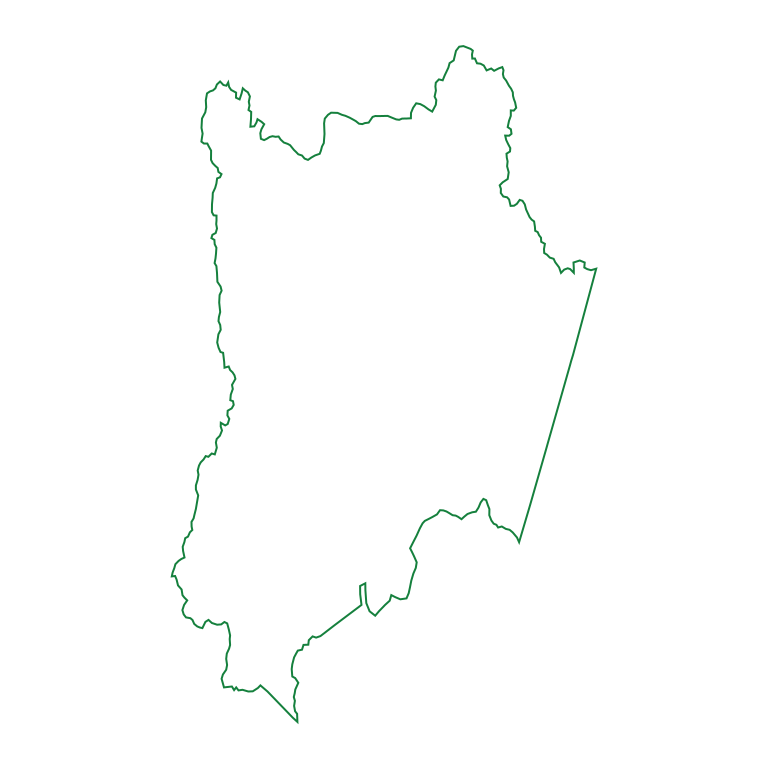 outline of Jaraguá, Goiás, Brazil
{"feature_id": "56859067B8388721460270", "entity_name": "Jaraguá", "entity_type": "district", "adm_level": 2, "iso_a3": "BRA", "parent_name": "Brazil", "parent_adm1": "Goiás", "projection": "equal_earth", "projection_center": [-49.418, -15.72], "detail": "fine", "context": "isolated", "style": "outline", "palette": "green", "viewbox_px": 768, "rotation_deg": 0, "n_neighbors": 0, "source": "geoboundaries", "source_scale": "gbopen_adm2", "svg_char_len": 5459}
<svg xmlns="http://www.w3.org/2000/svg" viewBox="0 0 768 768"><path d="M459.2,46.7L456.0,50.8L453.7,60.4L449.6,63.1L448.4,67.6L446.6,71.4L444.7,75.4L442.7,80.3L438.9,79.4L435.8,82.7L435.4,86.5L435.9,90.6L434.6,96.6L436.3,100.1L435.8,104.8L432.2,111.6L428.5,109.4L424.2,106.2L420.3,104.1L416.2,103.3L413.1,107.8L411.0,112.9L410.9,118.3L407.0,118.5L402.1,118.6L399.2,119.8L396.2,119.4L391.5,117.5L387.7,115.9L382.4,116.0L377.9,116.1L375.4,116.0L372.6,116.9L368.7,122.6L364.8,123.1L362.3,124.1L359.0,123.7L355.8,121.1L352.8,119.4L349.7,117.7L345.4,115.8L341.9,114.8L337.6,112.9L331.1,112.7L328.0,114.8L324.8,118.6L324.1,123.3L324.5,134.0L323.8,143.1L322.0,146.5L320.9,150.7L319.7,153.8L315.1,155.4L311.4,157.5L308.0,159.9L304.6,158.6L302.0,155.5L298.3,154.3L296.2,152.1L293.9,149.9L290.1,145.2L287.7,143.9L283.8,142.5L280.6,139.5L278.6,136.5L275.6,136.8L272.5,136.2L269.6,137.0L266.8,138.8L264.1,140.1L260.9,138.8L260.3,133.2L261.4,129.3L264.2,124.2L261.5,121.8L257.5,119.2L256.5,122.4L254.3,126.3L250.4,126.7L251.0,119.2L251.2,111.9L248.5,110.0L249.5,105.5L248.8,101.8L249.9,96.4L247.9,92.3L245.3,90.6L242.8,88.3L241.6,93.4L239.6,99.4L236.0,97.7L236.1,92.6L231.1,89.9L229.1,86.9L228.2,82.4L226.4,85.7L223.4,85.0L220.1,81.5L216.9,84.5L215.4,88.3L213.0,90.4L210.0,91.4L207.0,93.4L205.8,100.3L206.2,107.2L205.3,112.3L202.0,118.5L201.7,124.1L201.5,127.9L202.6,133.6L201.9,138.1L201.4,141.6L203.9,143.5L207.3,143.5L208.7,146.3L211.1,150.6L211.0,159.8L212.6,163.1L215.3,165.9L217.7,168.0L218.4,171.9L221.5,174.1L220.0,177.3L217.1,178.4L216.4,183.5L215.2,187.8L212.8,193.0L212.6,197.7L212.0,204.3L211.9,212.1L213.6,215.3L216.5,215.6L216.5,220.5L216.2,224.1L217.0,228.5L215.7,233.0L212.4,234.8L211.4,238.1L214.4,239.9L214.7,244.2L216.4,247.7L216.0,253.7L215.5,258.4L214.6,263.1L216.4,266.1L217.0,272.9L217.4,281.8L220.6,286.6L221.6,290.7L219.6,295.0L219.2,302.6L220.2,312.0L218.9,317.1L218.5,321.2L220.2,325.0L220.7,329.8L218.4,334.3L217.2,342.5L218.6,347.8L220.5,352.0L223.1,352.8L223.7,357.8L224.2,362.1L224.5,367.7L228.7,366.5L230.1,370.0L232.6,372.4L234.5,375.4L235.4,378.9L232.0,384.9L232.8,389.0L230.8,394.6L230.3,400.2L233.0,401.2L233.7,404.9L231.7,408.4L227.7,410.7L227.4,415.4L229.3,418.9L227.7,424.0L225.2,425.4L220.8,422.8L220.7,426.5L222.0,430.5L219.9,435.7L216.7,439.0L215.9,442.5L216.8,447.7L214.8,454.4L211.7,453.5L208.4,456.8L205.7,456.1L203.6,459.4L200.7,462.4L199.0,465.6L197.7,470.5L198.5,474.7L197.6,479.9L195.9,485.4L195.9,489.5L198.2,495.4L197.0,502.4L195.9,508.9L194.4,514.9L193.6,518.4L191.5,521.9L191.6,526.5L192.3,530.0L189.9,532.3L188.0,536.6L185.2,538.2L184.4,542.0L182.7,546.8L183.1,551.0L184.5,557.5L181.3,559.0L178.6,560.9L175.4,564.2L174.3,568.1L172.6,572.6L171.8,576.4L175.1,576.0L176.6,579.6L178.0,585.4L181.6,589.5L182.5,595.2L184.4,597.6L187.2,600.4L184.1,604.9L182.4,610.1L183.7,614.4L186.0,617.4L190.4,618.2L192.5,620.0L194.2,623.9L197.2,626.4L199.8,627.5L202.4,628.1L205.4,621.9L208.5,619.9L211.9,623.0L217.1,624.7L221.2,624.4L224.4,622.0L227.2,623.4L228.8,629.4L230.1,635.4L229.7,639.1L230.1,645.0L229.1,648.6L226.8,653.6L226.2,658.9L227.1,665.0L226.2,669.7L222.9,674.5L221.6,678.8L224.0,687.4L231.9,686.5L234.1,690.1L236.2,687.4L238.5,690.4L242.5,689.8L248.3,691.5L252.8,691.3L257.9,688.0L260.4,685.4L267.5,691.5L292.8,717.7L297.4,721.9L297.1,713.8L295.1,711.3L294.1,705.9L294.9,700.8L293.8,697.0L294.7,693.3L295.3,689.5L298.3,682.8L295.2,678.1L292.3,676.5L291.7,669.1L292.3,664.3L294.1,657.4L296.0,653.8L297.8,650.6L302.0,649.7L303.5,644.9L308.3,644.7L308.8,640.2L312.6,636.4L316.1,637.6L320.4,636.1L334.7,625.1L361.5,604.9L360.2,594.3L360.1,586.0L365.3,583.3L365.4,590.2L366.3,603.1L369.6,611.3L375.2,615.7L379.1,611.1L385.1,604.9L389.7,600.7L391.3,595.1L395.2,597.1L400.3,599.3L406.5,598.4L408.7,593.2L409.9,587.7L411.3,580.6L413.4,573.5L415.8,567.9L416.7,562.3L414.0,556.2L411.9,551.8L410.1,548.3L413.6,541.4L416.6,535.6L419.9,528.3L422.6,523.3L424.8,520.9L428.6,519.0L432.4,517.0L437.0,514.4L440.0,510.2L443.3,510.4L446.5,511.5L449.4,513.2L452.6,515.2L455.7,515.6L458.2,516.9L461.5,519.2L464.1,516.8L467.5,514.0L472.1,512.3L475.9,511.7L478.5,507.6L480.7,502.4L483.4,498.9L486.2,500.2L487.8,505.0L489.4,509.1L489.3,515.2L491.4,520.5L493.7,523.7L496.4,524.8L498.1,527.5L501.8,526.5L505.8,528.9L509.6,529.8L512.7,532.4L517.0,537.5L519.1,542.2L530.0,505.4L546.4,448.2L547.6,443.9L564.3,385.3L570.1,364.9L571.1,361.2L573.0,355.0L596.2,268.7L591.0,270.2L587.2,269.1L584.3,267.5L584.7,262.5L579.8,260.5L573.5,262.5L573.8,268.3L573.8,272.8L570.2,269.1L567.7,268.3L564.2,269.6L561.0,272.9L559.1,267.4L555.2,262.2L553.6,258.8L549.8,257.6L547.0,254.7L544.2,253.0L544.0,249.0L544.9,243.8L541.2,241.8L541.0,237.7L539.1,235.3L537.7,232.1L535.2,230.8L534.9,226.7L534.1,221.4L531.6,219.6L529.6,217.1L526.1,209.5L524.8,204.4L522.5,200.8L519.7,199.9L516.9,203.8L514.1,205.7L510.6,205.9L509.1,199.5L507.1,197.3L503.3,196.5L500.8,193.0L500.9,188.8L499.7,185.3L502.7,182.3L507.7,179.0L508.7,172.3L507.1,166.3L507.6,161.4L506.8,157.7L506.5,153.7L510.0,151.5L510.3,148.1L508.3,144.4L506.2,140.0L505.2,135.6L509.2,135.7L511.5,133.8L510.9,129.3L507.7,127.1L509.0,120.9L510.8,115.9L510.8,110.4L513.8,110.6L516.2,107.8L515.1,102.4L513.9,99.2L513.0,95.8L512.8,92.3L511.1,88.7L509.0,85.8L506.1,80.5L503.7,77.5L502.9,74.1L503.5,70.2L502.3,67.1L498.7,68.4L494.1,70.8L491.2,68.5L486.6,70.4L483.8,65.5L480.5,63.7L477.0,63.3L474.9,58.5L472.3,58.6L472.0,54.5L472.8,50.6L470.6,48.9L463.4,46.1L459.2,46.7Z" fill="none" stroke="#15803d" stroke-width="2"/></svg>